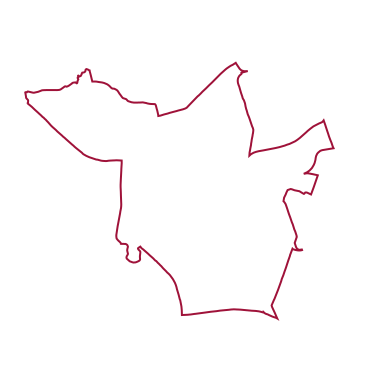 the district of Kota Jakarta Pusat, Jakarta Raya, Indonesia, rotated 80°
{"feature_id": "22746128B21128962092426", "entity_name": "Kota Jakarta Pusat", "entity_type": "district", "adm_level": 2, "iso_a3": "IDN", "parent_name": "Indonesia", "parent_adm1": "Jakarta Raya", "projection": "mercator", "projection_center": [106.829, -6.182], "detail": "fine", "context": "isolated", "style": "outline", "palette": "rose", "viewbox_px": 384, "rotation_deg": 80, "n_neighbors": 0, "source": "geoboundaries", "source_scale": "gbopen_adm2", "svg_char_len": 5909}
<svg xmlns="http://www.w3.org/2000/svg" viewBox="0 0 384 384"><g transform="rotate(80 192 192)"><path d="M54.5,271.7L54.1,272.4L53.2,273.4L52.6,274.7L53.0,275.4L53.4,275.7L54.4,276.0L54.8,276.3L55.1,276.7L55.4,277.4L55.5,278.0L55.4,279.3L55.8,279.7L56.2,280.0L56.6,280.1L57.1,280.4L58.2,281.3L58.5,281.6L58.6,283.1L58.4,283.3L57.7,283.6L57.6,283.8L57.7,284.0L57.9,284.1L58.4,283.9L58.9,283.9L59.3,284.0L59.4,284.3L59.5,284.7L60.0,284.8L60.8,284.6L61.3,284.4L62.6,285.3L63.1,285.5L64.5,286.0L64.9,286.4L64.9,286.8L64.6,287.1L64.0,287.3L63.9,287.6L63.8,287.9L63.7,289.8L63.8,290.8L64.3,291.4L65.9,294.8L66.3,296.0L66.5,297.1L66.4,297.5L66.1,297.9L65.9,298.6L66.1,299.3L66.6,300.2L68.2,303.6L68.3,304.2L68.4,305.1L68.2,307.3L66.6,316.0L66.0,320.0L65.8,322.0L66.6,326.0L66.8,330.3L66.6,331.3L64.5,336.2L64.6,336.6L65.1,337.3L64.8,338.2L65.0,338.9L66.7,338.9L68.8,338.9L70.4,339.0L71.0,338.8L72.7,337.7L72.9,337.6L73.4,337.5L74.0,337.6L75.5,338.0L75.8,338.3L76.0,338.1L76.5,338.0L76.9,338.0L77.8,337.1L80.4,334.9L83.7,332.5L87.4,329.6L88.5,328.8L90.0,327.6L92.3,326.0L92.9,325.3L94.3,324.4L95.5,323.4L96.7,322.7L98.3,321.6L102.1,319.3L103.9,318.0L105.0,317.1L107.4,315.2L108.9,314.2L114.0,310.1L114.9,309.5L116.6,308.0L117.7,307.2L124.5,301.8L125.9,300.6L126.8,300.0L128.5,298.6L134.3,293.5L135.2,293.0L136.0,292.3L138.0,289.9L139.9,287.1L140.5,286.0L143.4,280.7L143.8,279.3L145.3,276.2L145.8,274.7L146.6,271.4L146.7,270.4L146.7,269.0L146.9,266.8L147.7,260.6L148.8,255.8L151.3,256.2L157.1,257.6L158.6,257.9L167.7,260.0L172.7,261.1L175.1,261.5L179.0,262.0L183.8,262.7L191.8,263.8L193.7,264.2L195.5,264.7L198.1,265.7L198.3,265.8L200.7,266.6L212.9,271.2L221.5,274.1L222.1,274.1L222.9,274.3L223.7,274.3L224.8,274.3L225.5,273.9L226.3,273.5L227.8,272.5L228.0,272.2L229.1,271.5L230.4,270.8L230.7,270.9L230.8,270.6L231.0,269.5L231.6,266.5L232.2,265.6L232.8,265.1L233.4,264.8L234.6,264.6L235.0,264.7L236.5,265.4L237.9,265.9L238.6,266.0L241.7,265.8L242.4,266.1L243.9,267.4L245.0,267.9L245.8,267.9L246.3,267.8L249.4,265.4L250.8,263.0L251.3,261.9L251.5,259.8L251.3,258.6L251.0,257.3L250.5,255.8L250.1,255.3L249.5,254.9L249.1,254.8L247.0,254.6L246.0,254.4L242.7,253.4L242.1,253.3L241.3,253.4L239.4,254.7L238.6,255.0L238.2,255.0L237.9,254.8L237.5,254.0L236.8,252.4L238.5,251.5L238.9,251.2L240.0,250.1L245.1,246.0L247.3,244.4L248.5,243.4L250.9,241.5L251.6,241.1L253.2,240.0L253.8,239.2L255.9,237.9L256.9,237.1L259.0,235.7L259.4,235.3L262.1,233.7L265.8,231.1L266.7,230.6L268.6,229.1L270.1,228.1L274.6,225.9L278.4,224.6L280.7,224.1L282.9,223.8L285.0,223.7L290.9,223.0L295.0,222.7L295.9,222.6L296.4,222.4L302.0,222.3L303.1,222.3L306.6,222.6L311.4,223.3L312.1,218.0L312.4,214.4L312.5,210.8L312.6,209.6L312.6,209.4L313.0,199.9L313.2,194.3L313.6,188.7L313.7,184.8L314.4,176.2L314.5,174.0L314.8,171.2L316.3,164.6L317.8,159.2L319.3,153.7L320.2,149.9L321.1,147.0L321.7,145.5L323.2,142.4L322.8,142.3L324.0,141.4L324.6,140.7L325.2,139.7L325.6,138.8L326.6,137.5L328.7,134.4L329.6,132.8L330.4,131.2L330.9,130.6L331.4,130.0L330.2,130.3L325.2,131.5L321.5,132.5L319.2,133.1L317.6,133.3L317.2,133.1L312.3,129.9L311.7,129.4L303.4,124.3L295.4,119.7L293.3,118.7L289.8,116.5L286.1,114.5L285.1,113.9L282.8,112.6L276.4,109.2L272.0,106.7L271.2,106.4L265.3,102.9L265.6,102.7L266.1,102.1L266.6,101.1L267.1,100.1L267.8,98.2L268.1,97.1L268.3,95.9L268.4,94.7L268.3,93.7L267.7,93.8L267.6,96.5L266.2,98.4L264.2,99.1L260.0,99.7L254.4,96.6L254.0,96.7L253.1,96.6L248.8,97.2L247.5,97.5L246.9,97.7L241.3,98.4L239.2,98.9L234.0,99.7L230.2,100.4L224.5,101.2L221.4,101.7L220.2,101.9L218.2,102.7L217.7,103.0L217.0,103.5L213.6,102.3L210.6,100.1L208.9,99.1L206.7,97.5L206.6,96.9L206.2,94.3L206.7,93.1L208.1,90.7L209.9,86.1L211.5,84.3L213.1,82.4L213.3,82.1L212.9,81.4L212.2,80.6L212.2,80.0L212.3,79.5L212.7,78.6L215.1,75.2L208.6,71.4L197.4,65.2L197.2,65.6L195.4,70.0L194.0,73.7L193.5,75.5L193.5,76.3L193.5,78.8L192.5,75.1L191.2,72.4L189.8,70.5L189.1,69.6L186.4,67.3L184.7,66.2L181.9,64.9L180.4,64.4L180.2,64.4L178.1,63.5L176.1,62.1L175.1,60.9L173.9,58.8L173.7,58.3L173.4,56.5L173.5,45.0L171.6,45.5L167.6,46.1L165.4,46.6L162.8,47.1L161.2,47.4L157.5,47.9L156.3,48.1L150.8,48.9L149.2,49.1L144.3,49.9L145.5,51.2L145.9,52.1L146.6,55.1L148.2,60.2L148.5,61.1L150.3,64.6L152.0,67.6L153.0,69.1L157.4,76.3L158.9,79.2L160.0,81.7L161.4,86.9L161.6,87.7L161.9,90.1L162.4,92.6L163.0,98.2L163.2,102.3L163.4,114.5L163.4,119.2L163.6,122.0L164.0,124.4L164.5,125.9L165.0,127.3L166.2,129.2L163.0,128.4L160.4,127.4L159.5,127.1L158.2,126.6L155.9,125.7L154.7,125.4L152.8,124.7L150.6,124.0L147.6,122.8L145.5,122.1L144.9,121.8L142.3,121.0L141.2,120.8L139.3,121.0L137.8,121.4L129.8,122.6L127.6,123.0L125.2,123.6L120.9,124.0L119.9,124.2L117.2,124.4L113.9,124.4L110.9,124.9L110.2,125.1L109.6,125.4L108.3,125.8L106.8,125.9L103.0,126.5L96.2,127.2L95.0,127.5L92.8,127.8L92.3,127.8L90.6,127.7L89.3,127.4L87.8,126.8L86.2,125.6L85.5,124.8L84.3,122.8L83.9,122.6L83.4,122.6L83.1,122.6L82.6,116.1L82.2,119.1L81.8,120.3L81.2,121.5L80.9,122.1L80.0,122.9L78.9,123.7L73.5,126.1L72.4,126.5L73.8,129.8L74.4,131.9L75.2,133.8L76.4,136.4L77.3,138.0L80.6,143.3L87.6,153.2L89.9,156.7L92.3,160.1L95.1,164.4L96.6,166.4L98.3,168.9L98.5,169.4L99.1,170.3L105.8,179.5L108.1,182.6L108.6,184.1L109.0,186.5L109.4,191.6L109.6,193.1L109.8,195.7L110.2,200.3L110.5,202.2L110.8,206.2L111.3,209.8L111.3,211.4L111.3,212.0L111.2,212.0L110.2,211.9L107.4,212.0L105.5,212.1L104.0,212.3L101.2,212.5L100.3,212.6L99.5,212.9L99.1,213.2L99.0,213.3L98.2,217.1L97.7,218.8L97.0,220.6L96.5,221.5L95.2,224.9L94.8,228.1L93.9,233.6L93.1,236.0L91.5,239.0L90.9,239.6L89.4,240.5L89.2,240.7L88.8,241.3L87.9,243.0L87.5,243.7L87.1,244.0L86.3,244.5L83.8,245.7L82.7,246.3L80.0,247.4L79.0,248.0L78.4,248.5L77.6,249.5L76.8,250.6L76.4,252.0L76.3,252.5L75.2,253.6L73.5,254.7L72.3,255.7L71.4,256.6L71.0,257.1L69.4,259.6L68.5,261.6L67.5,264.7L66.7,266.9L66.3,268.6L65.9,271.0L59.5,271.4L54.9,271.8L54.5,271.7Z" fill="none" stroke="#9f1239" stroke-width="2"/></g></svg>